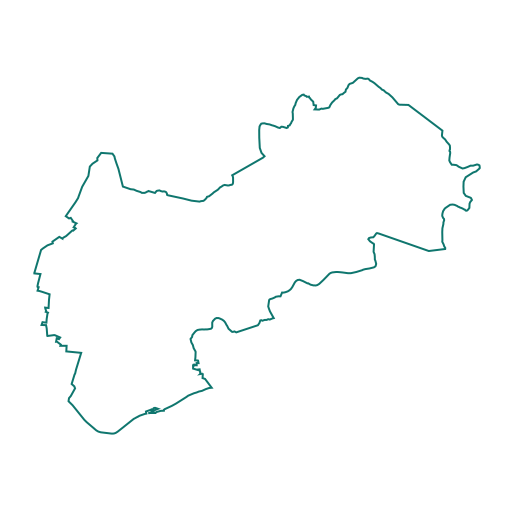 Acula, Veracruz, Mexico (Natural Earth projection), rotated 91°
{"feature_id": "50627088B79823252153906", "entity_name": "Acula", "entity_type": "district", "adm_level": 2, "iso_a3": "MEX", "parent_name": "Mexico", "parent_adm1": "Veracruz", "projection": "natural_earth1", "projection_center": [-95.798, 18.563], "detail": "fine", "context": "isolated", "style": "outline", "palette": "teal", "viewbox_px": 512, "rotation_deg": 91, "n_neighbors": 0, "source": "geoboundaries", "source_scale": "gbopen_adm2", "svg_char_len": 5994}
<svg xmlns="http://www.w3.org/2000/svg" viewBox="0 0 512 512"><g transform="rotate(91 256 256)"><path d="M332.7,274.4L325.2,252.9L322.9,251.4L320.4,250.6L320.1,249.6L320.6,248.5L319.8,246.3L319.7,244.1L319.2,243.3L319.0,242.3L319.3,241.1L318.1,238.4L317.8,237.2L311.1,241.1L308.3,242.2L306.2,242.9L299.9,242.1L299.3,241.7L298.8,240.9L298.3,239.1L297.7,237.7L297.0,236.3L296.4,235.5L295.9,232.8L295.9,230.8L292.1,229.3L292.1,227.7L291.7,226.0L290.8,223.6L289.8,222.1L288.5,220.6L286.5,219.2L281.7,216.7L280.3,215.5L279.3,214.0L279.0,212.0L280.3,208.5L282.2,204.6L282.5,203.9L282.4,203.3L283.7,201.0L284.4,198.0L284.4,195.7L284.0,194.2L282.8,192.3L278.8,188.2L272.5,182.3L271.7,181.1L271.1,179.5L270.6,175.7L270.6,173.3L270.9,169.6L271.6,163.6L271.5,160.7L270.2,155.3L268.3,149.5L267.8,148.6L267.2,146.5L266.5,142.4L265.3,137.9L264.7,137.0L263.9,136.2L261.8,135.7L258.8,136.5L257.4,137.1L254.7,137.2L252.1,137.5L249.8,138.5L242.2,138.2L241.6,138.6L241.4,139.2L239.3,142.3L237.2,144.0L236.1,143.3L235.5,141.6L235.2,139.0L233.8,137.8L231.0,135.9L230.8,136.2L231.4,133.6L248.0,83.3L245.7,67.0L244.7,66.9L243.0,68.0L241.2,68.6L238.5,70.0L236.9,69.9L228.8,70.2L225.0,70.1L220.7,69.2L219.2,69.2L216.9,68.5L215.6,68.7L214.8,69.5L212.9,70.4L212.0,70.5L210.2,70.3L207.9,69.7L205.3,68.1L204.6,67.3L201.4,62.8L201.1,60.3L201.4,58.3L202.5,55.7L203.2,54.7L203.6,53.5L204.0,52.9L204.3,51.8L205.0,50.1L205.6,49.2L206.0,48.0L206.7,47.4L207.0,46.9L207.0,46.0L206.1,44.9L204.2,43.5L200.0,43.4L198.4,42.8L196.2,41.1L194.4,42.0L194.0,42.5L192.2,47.3L189.3,49.4L183.0,49.8L178.1,49.7L173.6,47.7L168.7,40.3L167.6,37.4L164.7,34.2L164.1,33.8L162.2,34.0L161.5,34.2L161.0,35.0L160.6,36.6L161.9,40.5L161.9,43.0L163.3,46.0L164.5,49.1L164.9,51.0L163.1,55.1L162.2,56.2L161.6,57.4L161.3,60.4L161.3,61.9L158.7,63.7L157.1,64.4L154.1,64.2L149.6,63.6L148.2,63.8L147.6,64.4L146.5,64.2L146.1,63.9L144.4,63.9L142.3,64.1L141.3,64.7L138.4,67.4L136.2,68.9L134.5,70.9L133.4,71.9L132.2,72.2L127.4,71.8L102.3,106.2L102.2,115.3L101.7,116.5L95.0,122.4L91.6,126.3L90.3,128.8L89.0,130.3L88.1,131.2L87.5,132.9L85.9,134.5L84.7,136.3L81.1,140.6L79.8,142.6L78.5,145.2L77.3,146.2L76.7,147.3L77.0,149.5L76.7,151.8L76.1,153.1L75.9,155.8L76.6,157.3L81.2,162.2L82.3,165.4L83.6,166.5L86.3,167.5L88.0,169.0L90.2,169.4L91.6,171.2L92.7,172.3L92.9,173.6L93.5,175.0L96.9,177.7L97.8,179.5L98.8,180.2L101.2,182.6L103.6,184.2L106.1,185.3L106.6,186.4L107.7,191.8L107.5,193.2L108.5,195.4L108.4,199.9L106.8,198.8L104.4,198.6L104.1,201.0L100.7,201.5L98.4,204.0L97.4,204.6L96.6,205.6L95.7,205.8L95.9,208.1L95.2,208.7L94.7,210.4L93.8,211.1L94.1,212.6L96.3,215.5L99.2,217.7L102.4,219.0L104.3,219.4L105.7,220.3L107.8,221.2L111.4,222.0L113.0,221.7L117.7,221.5L119.1,221.5L121.3,222.8L122.7,223.3L123.7,224.1L124.8,224.6L125.4,226.3L126.9,226.4L127.5,227.6L126.4,231.3L126.3,232.9L127.6,234.4L127.2,236.2L126.0,238.9L125.3,241.1L125.1,242.1L124.2,244.7L123.8,247.7L123.2,249.8L123.3,251.7L123.6,253.0L124.5,253.7L126.4,254.7L130.0,255.0L137.7,254.8L147.9,254.1L152.8,252.3L156.1,249.2L157.6,250.8L175.7,281.2L176.8,280.6L178.1,280.3L182.3,280.2L183.6,280.3L184.6,280.7L185.2,281.4L185.4,282.9L185.9,284.2L186.0,285.3L185.5,288.7L186.2,290.4L187.3,291.8L187.9,293.0L190.4,295.3L193.1,299.3L194.3,300.5L197.1,304.0L197.7,306.0L198.8,306.5L199.7,307.2L201.2,308.7L201.8,309.6L202.1,311.9L202.6,313.4L201.8,321.4L199.8,329.9L196.8,345.2L196.4,346.0L195.3,346.1L193.8,346.9L193.1,348.3L193.0,349.6L193.2,350.4L192.8,352.2L192.1,353.7L192.4,355.5L192.7,356.5L194.7,358.1L192.9,364.7L193.3,365.1L193.5,365.9L194.0,366.6L194.8,368.3L194.9,371.1L194.0,372.8L192.9,376.6L191.7,379.3L191.4,382.6L188.9,390.3L171.2,395.1L165.9,397.1L161.0,398.8L158.9,399.3L156.2,401.3L155.6,412.6L160.8,416.4L163.2,416.2L166.6,421.1L169.5,423.7L178.9,425.0L189.8,431.0L199.3,434.3L201.2,434.9L205.5,437.5L219.5,446.9L221.7,443.6L221.1,441.9L224.6,439.4L224.9,439.7L226.5,436.1L226.9,436.6L230.5,438.8L231.2,437.1L231.3,437.0L231.6,436.7L233.8,439.2L233.6,439.6L233.9,440.3L239.4,446.2L240.8,448.6L241.8,449.9L242.0,449.9L240.3,453.0L245.2,459.8L246.9,459.4L249.0,464.7L252.1,469.1L253.7,471.0L277.1,477.4L277.2,478.2L277.8,471.2L286.9,473.4L290.1,474.0L290.8,473.8L291.0,472.8L294.5,473.8L294.8,471.9L295.5,469.4L297.9,461.7L303.3,462.2L311.6,462.5L311.3,465.9L312.3,465.7L314.8,464.8L315.5,465.2L316.3,463.0L317.4,463.5L322.7,464.2L326.3,464.4L325.9,468.3L328.7,469.2L328.8,464.7L332.1,464.0L339.5,463.3L339.6,463.1L338.6,456.4L338.7,455.7L340.9,450.4L342.6,451.6L341.8,453.8L345.2,454.4L345.1,453.6L348.0,449.6L349.2,450.0L349.1,443.8L354.7,444.0L355.9,429.1L372.9,434.0L376.8,434.8L377.5,435.3L387.2,438.1L389.5,435.4L391.5,434.6L399.2,438.7L401.4,440.5L404.5,440.9L408.4,436.8L422.8,424.8L425.1,422.4L433.1,412.7L434.3,410.6L435.0,408.1L436.1,397.2L436.0,395.1L435.4,393.3L434.1,391.3L421.0,375.4L417.7,369.5L415.8,364.3L415.5,362.9L413.4,363.3L411.8,359.1L411.4,358.2L412.4,358.1L412.8,357.8L410.2,355.9L409.7,355.2L409.6,354.1L410.5,351.3L412.0,354.9L412.4,355.0L413.3,356.2L414.4,358.4L415.1,361.0L414.8,358.8L414.7,353.7L413.8,352.9L412.5,348.6L412.3,345.4L411.4,345.4L410.8,344.7L407.3,337.5L405.0,333.5L398.3,323.3L396.8,321.3L394.3,315.6L393.5,313.0L392.5,310.7L391.8,307.7L389.9,303.7L388.8,300.6L388.5,298.0L379.8,304.8L379.0,307.3L374.3,307.1L374.5,307.2L375.0,309.8L374.8,309.6L373.3,309.7L373.3,309.8L370.3,310.4L370.6,312.6L370.9,312.5L369.7,316.9L366.8,317.0L366.8,316.5L365.8,316.6L365.6,315.9L365.7,315.4L366.3,315.0L366.3,313.4L364.1,313.5L364.1,311.6L361.6,312.1L361.5,312.4L361.4,315.1L358.2,314.8L353.1,314.7L352.5,314.8L349.3,316.7L346.1,317.6L343.6,319.1L340.1,320.0L338.1,318.5L336.2,318.2L333.6,316.2L332.2,315.0L331.0,313.2L330.6,311.2L330.3,308.3L330.4,307.5L330.2,303.2L329.8,301.0L329.5,299.7L328.6,298.8L327.5,298.5L323.3,298.6L321.7,297.9L319.4,295.8L318.7,294.3L318.7,292.4L319.1,291.2L320.2,288.7L321.4,287.0L322.9,285.7L325.6,284.2L326.4,283.6L329.2,282.2L332.2,278.7L332.3,277.9L331.8,276.2L332.7,274.4Z" fill="none" stroke="#0f766e" stroke-width="2"/></g></svg>